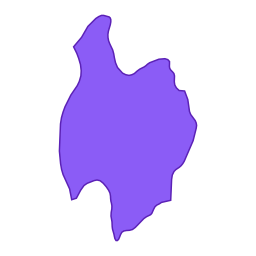 the Province of Bắc Kạn
{"feature_id": "VNM-451", "entity_name": "Bắc Kạn", "entity_type": "Province", "adm_level": 1, "iso_a3": "VNM", "parent_name": "Vietnam", "parent_adm1": "", "projection": "equal_earth", "projection_center": [105.864, 22.252], "detail": "fine", "context": "isolated", "style": "filled", "palette": "violet", "viewbox_px": 256, "rotation_deg": 0, "n_neighbors": 0, "source": "natural_earth", "source_scale": "10m", "svg_char_len": 1604}
<svg xmlns="http://www.w3.org/2000/svg" viewBox="0 0 256 256"><path d="M71.7,199.7L69.6,188.9L63.1,174.6L61.6,169.5L60.6,163.8L59.4,151.1L60.5,123.9L61.5,117.6L63.1,112.0L65.0,106.8L70.9,95.0L77.3,85.6L79.3,81.4L80.9,75.9L81.2,70.7L80.5,64.6L78.7,58.4L76.8,53.3L73.6,46.8L81.6,37.3L87.9,26.4L95.8,18.5L98.7,16.6L101.5,15.4L103.6,15.4L109.1,16.9L110.2,17.9L110.8,19.6L110.8,21.9L110.3,24.7L108.4,31.2L107.9,34.4L108.0,37.6L108.6,40.8L109.7,43.7L112.7,50.0L113.7,53.7L114.4,57.8L115.5,62.7L117.5,67.5L122.5,73.1L125.7,74.7L129.0,75.4L131.7,74.8L134.3,73.6L137.1,71.1L139.8,69.1L144.2,66.9L145.9,65.7L147.5,64.2L149.7,62.7L158.9,59.2L164.9,58.7L167.8,59.6L169.5,61.5L169.5,63.9L169.4,66.2L169.7,68.3L170.8,70.1L172.5,71.8L173.9,73.5L174.5,75.9L174.3,81.8L174.8,85.0L176.4,87.9L179.1,90.5L184.6,91.0L187.8,99.6L189.5,111.5L190.7,114.5L195.2,120.6L196.2,123.0L196.6,125.4L196.2,128.3L193.1,140.7L184.2,161.3L182.8,163.6L181.2,165.6L179.4,167.2L175.8,169.6L174.0,171.5L172.3,175.0L171.6,179.5L170.7,200.3L161.5,202.4L159.4,203.8L156.8,205.1L155.0,206.7L153.8,208.9L151.8,213.4L150.6,214.7L146.5,216.7L143.8,218.6L135.3,227.4L132.5,229.5L129.5,230.3L126.4,230.5L123.8,231.0L121.8,232.3L120.5,234.7L119.5,237.3L118.5,239.5L117.2,240.6L116.0,240.5L114.9,238.6L114.4,236.5L113.9,234.0L112.5,229.1L112.2,226.7L112.0,221.9L111.0,216.1L111.2,212.4L111.8,209.0L111.9,205.9L111.5,203.5L110.9,201.1L110.6,198.6L110.5,196.1L110.0,193.2L108.6,190.2L106.3,186.8L103.2,183.2L100.1,180.7L97.0,180.0L94.1,180.6L87.2,183.3L84.0,185.5L80.6,190.3L76.4,198.2L71.7,199.7Z" fill="#8b5cf6" stroke="#5b21b6" stroke-width="1.5"/></svg>